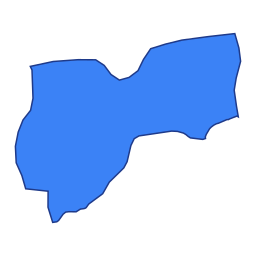 SVG path tracing the border of Tekirdag
{"feature_id": "TUR-2242", "entity_name": "Tekirdag", "entity_type": "Province", "adm_level": 1, "iso_a3": "TUR", "parent_name": "Turkey", "parent_adm1": "", "projection": "albers", "projection_center": [27.493, 41.027], "detail": "fine", "context": "isolated", "style": "filled", "palette": "blue", "viewbox_px": 256, "rotation_deg": 0, "n_neighbors": 0, "source": "natural_earth", "source_scale": "10m", "svg_char_len": 947}
<svg xmlns="http://www.w3.org/2000/svg" viewBox="0 0 256 256"><path d="M238.3,116.9L236.8,116.1L229.6,118.9L228.4,119.6L226.9,119.6L218.5,123.2L216.3,123.8L213.7,125.2L211.3,127.0L209.6,128.7L206.3,134.3L205.3,136.9L205.5,138.5L202.8,139.4L190.4,137.9L188.1,136.4L186.0,134.6L183.5,133.1L177.5,131.4L171.6,131.1L139.0,135.9L134.2,138.7L130.9,145.5L127.1,161.7L123.8,167.9L109.3,182.1L102.7,193.7L88.9,203.9L88.1,204.9L86.4,207.3L85.7,208.0L84.1,208.6L80.4,209.1L76.1,211.8L68.9,211.7L65.7,212.1L63.1,214.2L58.6,220.5L56.8,221.8L52.7,222.4L48.0,207.2L48.1,191.2L25.7,188.8L21.9,175.6L16.2,162.8L15.4,146.3L18.2,132.1L23.0,120.0L30.6,110.3L33.0,98.3L32.0,70.0L30.3,66.4L53.2,61.5L78.0,59.7L95.7,59.8L104.2,65.4L111.0,74.5L119.4,80.1L129.1,77.4L138.0,70.7L143.5,59.4L150.7,48.7L165.5,44.1L181.9,40.1L208.2,36.6L234.8,33.6L238.9,48.0L240.6,61.3L236.2,78.0L234.2,90.2L236.4,105.7L238.3,116.9Z" fill="#3b82f6" stroke="#1e3a8a" stroke-width="1.5"/></svg>